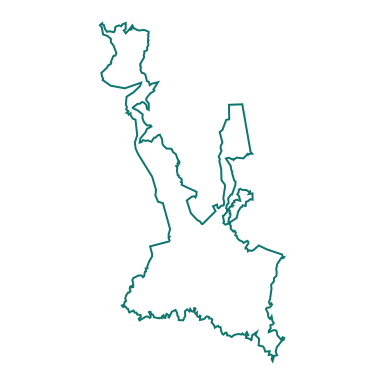 the district of Villa Sola de Vega, Oaxaca, Mexico
{"feature_id": "50627088B41601938824535", "entity_name": "Villa Sola de Vega", "entity_type": "district", "adm_level": 2, "iso_a3": "MEX", "parent_name": "Mexico", "parent_adm1": "Oaxaca", "projection": "equal_earth", "projection_center": [-97.07, 16.572], "detail": "fine", "context": "isolated", "style": "outline", "palette": "teal", "viewbox_px": 384, "rotation_deg": 0, "n_neighbors": 0, "source": "geoboundaries", "source_scale": "gbopen_adm2", "svg_char_len": 6038}
<svg xmlns="http://www.w3.org/2000/svg" viewBox="0 0 384 384"><path d="M159.1,318.3L159.9,317.7L161.7,318.2L162.3,315.9L163.4,315.3L164.0,317.7L165.3,317.9L165.9,314.9L166.7,313.9L168.5,315.2L168.5,317.3L169.0,317.5L171.9,311.7L175.5,310.0L177.1,313.0L177.5,315.8L178.5,316.9L178.8,320.1L183.2,320.3L185.3,315.6L184.9,311.3L187.2,309.4L189.4,311.4L190.2,309.0L191.5,311.2L192.9,311.6L193.9,310.6L194.2,308.1L195.0,308.2L195.5,309.2L194.5,311.0L194.6,312.4L195.6,313.7L196.9,312.6L196.7,314.8L197.5,316.6L199.4,317.1L199.8,315.7L200.3,315.8L199.9,320.0L203.9,319.1L206.7,316.4L209.0,317.0L209.2,318.5L211.3,318.5L212.3,319.6L211.6,322.2L214.5,326.1L214.8,327.7L218.0,325.8L219.0,327.0L220.5,327.1L221.2,331.1L222.2,333.7L223.4,334.6L225.6,332.6L226.6,332.8L227.2,335.4L229.0,335.4L231.6,337.0L234.1,335.0L238.0,334.0L241.5,334.5L242.4,333.4L243.2,334.5L245.1,334.8L246.9,332.2L248.2,335.2L246.2,336.1L245.8,337.8L249.7,338.8L251.0,340.2L251.5,339.9L252.1,335.4L256.7,332.1L255.4,335.1L259.1,338.7L258.6,345.4L262.8,346.4L264.1,348.1L265.2,351.6L269.7,351.2L268.7,355.0L271.0,354.6L272.5,355.5L271.7,359.3L272.6,361.0L274.1,355.9L277.1,355.2L275.7,351.7L276.8,347.2L281.6,341.0L283.6,339.8L284.1,337.8L282.6,337.3L281.7,339.4L280.9,339.4L277.4,335.4L276.7,331.4L275.6,330.2L273.3,330.3L268.8,332.2L268.8,330.8L270.7,328.4L270.3,325.2L273.0,324.3L273.8,323.1L272.3,320.5L271.6,316.4L270.1,319.0L269.0,317.9L268.2,316.4L268.1,313.6L265.9,309.0L267.0,307.8L270.0,307.3L272.0,304.6L271.3,303.3L269.7,304.1L269.0,302.2L270.1,298.9L271.5,288.7L271.1,284.7L273.8,281.5L274.0,278.1L276.4,275.9L276.7,272.1L276.2,269.4L277.2,264.1L281.2,258.1L283.4,258.2L284.1,257.0L282.5,256.9L282.1,254.5L266.9,249.4L258.8,245.5L253.4,250.1L251.5,250.9L249.4,250.3L248.0,251.3L247.6,249.3L246.6,248.3L245.5,248.5L245.5,247.6L248.4,243.4L248.2,241.6L247.2,240.9L243.5,242.9L242.4,241.6L239.3,240.2L237.3,238.1L237.0,236.3L235.3,235.3L235.8,232.5L234.5,230.8L233.4,231.6L230.7,228.8L230.9,226.0L230.0,224.8L230.3,222.1L236.6,218.0L238.2,211.6L240.6,207.5L242.1,206.8L242.7,205.3L245.2,205.8L245.6,206.7L246.0,201.8L248.3,201.0L250.1,199.2L252.6,199.7L252.5,193.4L248.9,194.0L250.0,192.6L250.0,191.4L248.6,191.7L246.6,190.1L241.9,189.8L240.3,188.8L238.9,189.6L238.6,192.4L237.3,194.2L239.0,196.0L240.1,200.8L236.6,199.7L234.0,200.8L234.4,202.2L232.6,203.0L231.9,204.4L233.0,205.2L231.8,205.7L232.3,206.5L229.9,206.8L228.9,209.0L228.6,210.3L229.7,210.6L229.3,211.7L230.2,212.7L229.7,213.7L230.5,214.2L230.1,216.9L229.0,217.8L228.2,223.7L225.4,224.6L223.3,222.9L224.0,221.7L222.9,215.8L224.1,215.4L227.0,211.9L226.9,208.8L226.1,208.2L226.9,204.8L228.6,202.9L228.2,198.3L231.0,194.5L232.0,194.5L235.3,185.3L235.5,181.7L234.2,180.4L232.0,172.8L232.3,171.5L231.4,170.5L230.7,165.9L225.9,158.5L228.7,157.7L232.1,159.3L233.3,159.0L233.6,159.9L236.6,157.6L243.4,158.4L247.5,154.0L248.0,154.8L248.5,154.0L252.2,153.7L250.6,152.1L242.3,104.3L229.0,104.8L229.2,119.3L226.2,119.9L222.4,130.0L219.7,132.1L222.4,142.5L221.0,145.4L220.5,148.1L221.4,150.1L221.3,151.3L218.7,156.7L219.9,159.4L219.3,161.1L221.2,169.1L221.5,180.2L224.7,184.4L225.1,186.1L223.3,198.4L224.2,202.1L223.6,205.5L221.3,205.7L218.7,208.3L217.6,207.7L217.0,204.6L213.0,206.3L215.5,211.2L202.5,224.1L201.7,223.9L199.9,221.4L197.2,220.0L190.8,213.1L186.8,200.5L191.8,196.7L194.0,196.2L195.5,197.4L196.4,195.0L196.5,191.8L181.7,184.9L182.0,182.6L180.8,181.9L181.8,180.6L181.6,179.1L178.7,176.8L178.8,175.6L177.7,175.1L176.9,170.5L177.3,167.8L176.2,166.1L178.0,165.6L177.5,163.7L178.9,163.6L178.3,162.4L179.3,162.4L179.4,161.6L177.9,159.8L175.8,154.1L173.0,152.0L171.4,148.8L166.5,148.5L163.6,145.8L162.4,143.8L162.1,139.3L159.8,134.7L157.7,135.4L155.4,137.7L154.1,137.6L151.4,141.8L148.1,140.5L145.1,140.8L143.1,140.1L141.6,141.9L139.7,142.6L140.4,138.3L145.4,132.5L147.0,128.8L151.4,126.6L150.6,125.3L147.0,125.4L145.3,123.7L143.8,121.8L142.4,118.0L142.7,114.4L137.6,110.4L132.8,108.1L132.8,107.5L137.4,104.0L140.0,103.6L142.1,102.0L144.1,102.7L146.3,105.0L146.9,108.8L148.7,109.9L148.8,103.5L146.8,101.1L146.1,99.4L146.4,98.2L150.3,93.3L153.8,91.3L154.4,90.4L153.4,89.5L158.0,82.2L151.8,83.7L149.8,85.2L148.8,81.8L146.9,81.1L145.4,74.7L143.7,73.2L141.8,72.9L140.4,69.9L141.0,67.3L140.1,65.8L140.6,65.0L140.2,64.1L144.1,57.3L143.7,55.3L144.4,53.2L144.2,51.5L146.6,50.5L147.2,49.5L147.1,47.4L148.4,45.0L147.9,40.9L148.6,40.3L148.0,38.9L148.5,36.2L148.0,34.7L148.6,34.0L148.6,31.7L144.2,29.9L139.2,30.5L136.8,29.8L133.9,28.2L132.3,25.4L131.7,26.3L132.6,27.7L131.5,28.4L131.5,29.4L130.8,29.6L130.5,28.0L125.8,33.3L123.8,30.5L125.7,29.0L125.7,23.0L122.5,24.3L121.2,26.3L119.2,25.4L115.8,26.6L115.1,27.9L115.0,30.2L113.8,32.2L109.8,31.3L106.9,31.7L105.1,29.2L103.8,25.0L102.3,24.4L102.1,23.3L99.9,25.2L101.8,27.4L103.1,34.5L107.4,35.9L110.9,38.8L110.8,42.2L113.4,45.3L116.4,53.1L115.4,55.6L113.8,55.7L113.1,56.5L110.8,62.2L111.3,62.8L110.7,64.1L108.1,65.4L107.2,67.4L101.4,72.9L102.0,76.5L103.2,78.8L102.6,80.0L110.7,85.7L124.8,88.3L141.2,82.7L140.2,85.9L133.4,92.4L126.6,96.7L125.8,104.3L126.9,107.3L126.2,109.5L128.4,111.1L126.8,112.7L128.0,112.7L128.6,114.5L130.5,113.3L130.5,115.0L132.8,118.7L135.5,119.7L137.2,135.3L134.8,142.6L135.7,148.8L138.3,154.4L152.2,176.8L156.0,189.9L155.4,195.6L158.1,201.8L162.9,203.1L170.1,229.2L168.5,234.9L168.7,236.3L169.6,236.6L168.5,238.0L169.6,240.4L169.1,241.4L150.1,246.4L152.2,254.4L152.0,256.6L149.1,261.4L147.3,266.5L147.4,268.3L145.7,268.5L146.0,271.4L144.9,271.8L144.2,276.0L143.0,277.2L141.6,275.5L138.7,275.4L133.3,278.1L132.3,280.0L133.1,283.3L133.2,287.0L131.8,287.3L131.5,286.1L130.1,286.6L129.7,289.1L130.5,291.0L129.1,292.6L128.2,292.4L126.0,295.6L125.3,298.6L126.0,301.2L124.6,302.0L124.0,304.9L121.9,305.5L122.8,306.9L125.4,306.5L126.9,308.5L128.0,308.9L129.3,312.4L133.5,310.5L134.6,312.6L136.4,312.6L137.2,314.5L140.5,315.0L140.8,316.8L138.8,318.8L139.6,320.4L146.1,316.5L147.7,316.5L149.9,317.9L150.7,317.0L150.6,315.6L149.0,312.1L150.1,311.7L150.7,312.1L150.8,313.7L153.0,314.8L154.1,317.3L159.1,318.3Z" fill="none" stroke="#0f766e" stroke-width="2"/></svg>